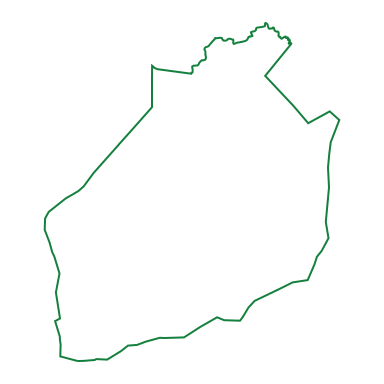 Zapotitlán Lagunas, Guerrero, Mexico (Albers equal-area conic projection)
{"feature_id": "50627088B79587676431474", "entity_name": "Zapotitlán Lagunas", "entity_type": "district", "adm_level": 2, "iso_a3": "MEX", "parent_name": "Mexico", "parent_adm1": "Guerrero", "projection": "albers", "projection_center": [-98.37, 17.786], "detail": "fine", "context": "isolated", "style": "outline", "palette": "green", "viewbox_px": 384, "rotation_deg": 0, "n_neighbors": 0, "source": "geoboundaries", "source_scale": "gbopen_adm2", "svg_char_len": 4740}
<svg xmlns="http://www.w3.org/2000/svg" viewBox="0 0 384 384"><path d="M83.4,360.9L90.7,360.3L94.7,360.0L96.2,359.1L107.2,359.6L121.0,351.1L128.0,345.6L137.2,344.9L145.6,341.7L159.8,337.8L164.9,338.0L184.0,337.4L200.3,326.9L217.1,317.3L224.2,320.2L240.0,320.7L242.6,317.3L248.5,307.5L254.6,300.9L257.7,299.4L281.0,288.2L292.6,282.4L307.7,280.1L314.5,264.3L316.9,256.8L321.6,251.0L328.5,238.2L325.8,222.0L329.0,187.4L328.0,167.5L329.3,153.5L330.7,142.3L339.3,120.0L329.7,111.4L308.2,123.2L293.1,105.5L265.2,75.9L291.3,43.8L291.0,43.2L290.8,42.9L290.4,42.7L290.1,42.6L289.9,42.7L289.7,42.9L289.5,43.2L289.4,43.3L289.2,43.5L288.9,43.6L288.7,43.3L288.7,43.1L288.8,42.9L289.0,42.4L289.1,42.2L289.3,41.9L289.5,41.7L289.7,41.4L289.9,41.1L289.9,40.9L289.8,40.7L289.7,40.2L289.6,39.8L289.5,39.6L289.2,39.4L288.9,39.5L288.7,39.9L288.5,40.0L288.3,40.1L288.1,40.0L288.0,39.8L288.0,39.6L288.0,39.4L288.0,39.2L288.2,38.9L288.2,38.6L288.2,38.2L288.0,37.8L287.8,37.6L287.5,37.4L287.2,37.4L286.8,37.6L286.7,37.9L286.4,38.0L286.2,38.0L286.0,37.8L285.9,37.5L286.0,37.2L285.8,36.8L285.5,36.5L285.1,36.6L284.9,36.7L284.6,36.9L284.3,37.0L283.9,37.4L283.5,37.5L283.2,37.7L282.8,37.9L282.6,38.1L282.3,38.4L282.0,38.6L281.6,38.7L281.4,38.6L281.1,38.5L280.9,38.1L280.7,37.8L280.6,37.5L280.3,37.0L280.0,36.8L279.6,37.1L279.4,36.8L279.0,36.6L278.7,36.3L278.6,36.1L278.6,35.8L278.5,35.6L278.5,35.3L278.5,34.9L278.6,34.7L278.7,34.3L278.6,33.9L278.6,33.5L278.6,32.8L278.5,32.2L278.2,31.9L277.9,31.7L277.6,31.5L277.2,31.6L276.9,31.6L276.3,31.6L275.8,31.3L275.5,31.1L274.9,30.8L274.7,30.6L274.6,30.4L274.4,30.1L274.4,29.9L274.3,29.3L274.3,28.9L274.1,28.5L273.9,28.0L273.7,27.7L273.3,27.5L273.0,27.6L272.8,27.7L272.7,27.9L272.6,28.1L272.6,28.3L272.3,28.4L272.0,28.5L271.8,28.5L271.5,28.4L271.1,28.4L270.7,28.5L269.7,28.8L269.5,28.7L269.1,28.6L268.9,28.4L268.6,28.0L268.5,27.7L268.4,27.4L268.1,26.8L267.9,26.2L267.8,25.7L267.7,25.2L267.6,24.7L267.4,24.3L267.1,24.0L266.8,23.7L266.4,23.3L265.9,23.1L265.5,23.0L265.2,23.3L265.1,23.5L265.1,24.3L265.0,24.8L265.0,25.4L264.9,25.9L264.8,26.2L264.6,26.3L264.3,26.4L263.9,26.5L263.6,26.6L263.2,26.6L262.9,26.7L262.5,26.8L262.2,26.9L262.0,27.0L261.4,27.1L260.7,27.1L259.2,27.4L258.7,27.4L258.1,27.5L257.7,27.5L257.3,27.6L256.9,27.7L256.5,27.9L256.4,28.0L256.2,28.3L256.1,28.6L256.1,28.9L256.0,29.4L256.0,29.8L255.8,30.2L255.4,30.5L255.1,30.8L254.8,31.0L254.5,31.2L254.3,31.3L254.0,31.3L253.6,31.4L253.2,31.4L252.6,31.6L252.1,31.7L251.7,31.9L251.3,32.0L251.0,32.2L250.9,32.6L251.1,33.0L251.3,33.5L251.7,34.0L251.8,34.6L252.1,35.1L252.3,35.6L252.4,36.0L252.2,36.1L251.8,36.2L251.5,36.2L251.1,36.2L250.8,36.4L250.3,36.4L249.9,36.8L249.4,36.6L248.9,36.8L248.5,37.1L248.2,37.6L248.2,37.9L248.0,38.2L247.7,38.8L247.5,39.2L247.2,39.6L247.0,39.9L246.6,40.2L246.2,40.5L245.7,40.7L245.2,41.0L244.8,41.2L244.3,41.2L243.7,41.4L243.2,41.5L242.8,41.6L241.7,41.9L241.1,42.0L240.6,42.0L240.1,42.2L239.5,42.3L238.6,42.5L237.5,42.5L236.3,43.0L236.0,43.1L235.6,43.3L235.2,43.5L234.5,43.8L233.8,43.9L233.6,43.8L233.5,43.6L233.4,43.3L233.3,43.0L233.2,42.6L233.2,42.2L233.3,41.8L233.4,41.3L233.4,40.7L233.3,40.0L233.0,39.6L232.4,39.7L231.7,39.3L231.2,39.1L230.6,38.9L230.1,38.8L229.5,38.7L228.8,38.8L228.3,38.9L227.8,39.2L227.6,39.5L227.4,39.8L227.0,40.1L226.4,40.4L225.6,40.6L225.0,40.7L224.3,40.7L223.8,40.7L223.4,40.2L223.0,40.0L222.6,39.8L222.4,39.3L222.2,38.9L222.0,38.4L221.7,37.9L221.0,37.8L220.3,37.9L219.9,37.9L219.4,37.9L218.8,37.9L218.3,38.0L217.7,38.1L217.3,38.2L216.3,38.2L215.8,38.1L215.3,38.0L215.2,38.4L215.0,38.8L214.5,39.4L214.0,39.6L213.8,40.0L213.5,40.5L213.0,40.9L212.2,41.7L211.8,42.2L211.5,42.7L210.8,43.3L210.4,43.9L209.8,44.5L208.8,45.9L207.8,46.5L207.0,46.8L206.0,47.0L205.6,47.3L204.9,48.0L204.7,48.3L204.4,49.3L204.6,49.9L204.9,50.4L205.2,51.0L205.4,51.6L205.4,52.2L205.5,53.2L205.4,53.8L205.4,54.6L205.5,55.2L205.7,55.7L205.9,56.4L205.9,56.9L205.9,57.5L205.7,58.9L205.3,59.6L204.9,59.8L204.4,59.9L203.7,60.1L203.1,60.4L202.6,60.3L201.9,60.2L201.2,60.7L200.5,61.5L200.1,61.8L199.6,62.5L199.1,63.1L198.9,63.8L198.4,64.7L197.8,65.1L197.2,65.5L196.4,65.5L195.0,65.6L193.5,65.7L192.8,66.1L192.2,66.5L192.3,67.5L192.3,68.2L192.6,69.0L192.7,70.0L192.6,70.9L192.6,71.8L192.5,72.4L192.2,72.7L191.4,72.8L191.2,73.7L171.7,71.1L158.3,69.3L157.2,69.1L156.6,68.8L155.8,68.5L155.1,68.2L154.5,67.8L154.0,67.6L153.6,67.0L152.9,66.3L152.5,66.0L152.1,65.7L152.0,79.6L152.0,99.7L152.0,107.2L131.8,130.0L118.9,144.4L118.9,144.5L106.0,159.0L93.5,173.1L83.6,186.5L83.0,187.0L78.3,191.1L67.8,197.2L65.6,198.5L48.7,211.9L45.1,218.4L44.7,229.8L49.6,242.6L52.1,251.8L54.3,256.5L59.5,273.5L55.9,292.4L60.0,318.5L55.1,321.1L59.8,336.5L59.9,339.4L60.6,344.4L60.3,356.4L76.8,360.8L78.7,361.0L83.4,360.9Z" fill="none" stroke="#15803d" stroke-width="2"/></svg>